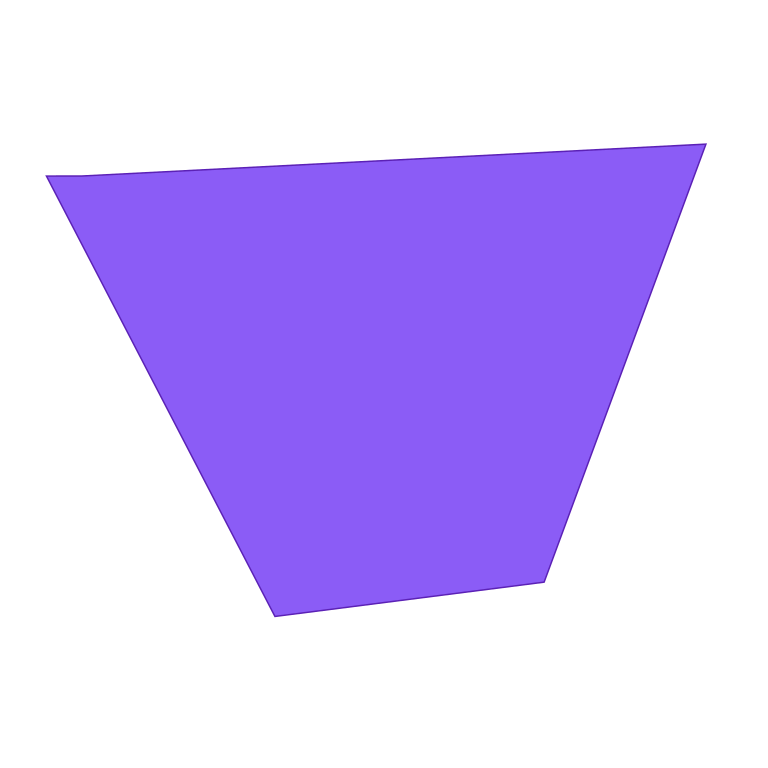 Saint Luke, Mercator projection, rotated 88°
{"feature_id": "DMA-1437", "entity_name": "Saint Luke", "entity_type": "Parish", "adm_level": 1, "iso_a3": "DMA", "parent_name": "Dominica", "parent_adm1": "", "projection": "mercator", "projection_center": [-61.367, 15.248], "detail": "fine", "context": "isolated", "style": "filled", "palette": "violet", "viewbox_px": 768, "rotation_deg": 88, "n_neighbors": 0, "source": "natural_earth", "source_scale": "10m", "svg_char_len": 241}
<svg xmlns="http://www.w3.org/2000/svg" viewBox="0 0 768 768"><g transform="rotate(88 384 384)"><path d="M165.6,679.3L155.5,53.9L587.6,230.9L612.5,501.1L164.4,714.1L165.6,679.3Z" fill="#8b5cf6" stroke="#5b21b6" stroke-width="1.5"/></g></svg>